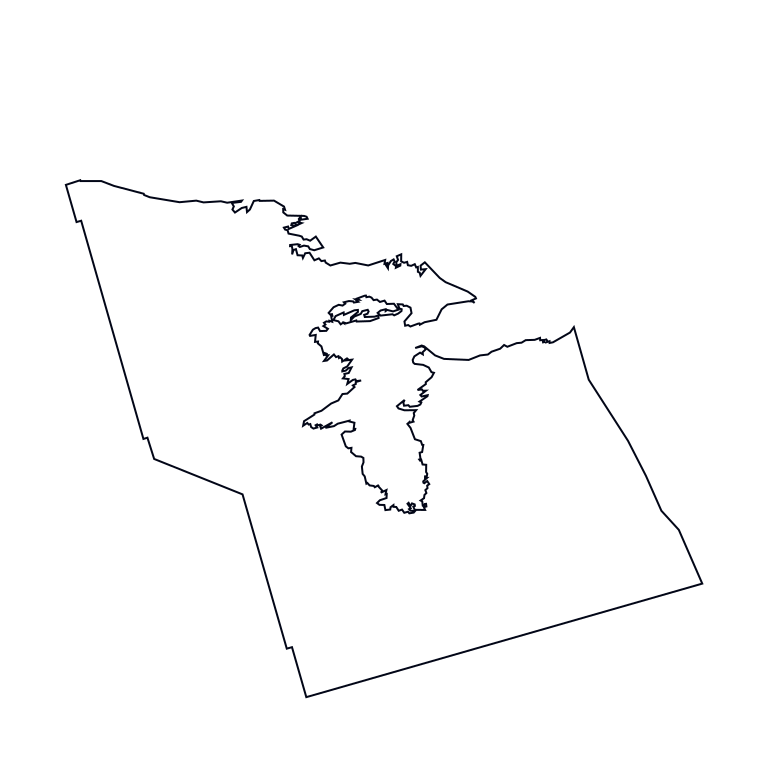 the district of 98, Ar Rayyān, Qatar, rotated 254°
{"feature_id": "91078587B41884610793448", "entity_name": "98", "entity_type": "district", "adm_level": 2, "iso_a3": "QAT", "parent_name": "Qatar", "parent_adm1": "Ar Rayyān", "projection": "mercator", "projection_center": [51.33, 24.623], "detail": "fine", "context": "isolated", "style": "outline", "palette": "ink", "viewbox_px": 768, "rotation_deg": 254, "n_neighbors": 0, "source": "geoboundaries", "source_scale": "gbopen_adm2", "svg_char_len": 6167}
<svg xmlns="http://www.w3.org/2000/svg" viewBox="0 0 768 768"><g transform="rotate(254 384 384)"><path d="M104.4,634.9L162.5,627.2L185.7,615.7L223.4,610.5L262.1,602.9L331.7,582.0L386.3,582.2L382.2,577.0L377.5,557.9L377.8,554.5L379.5,554.9L379.3,550.1L379.5,553.2L382.1,552.3L382.1,549.7L380.1,549.5L380.2,548.4L382.5,548.8L383.0,546.2L385.3,546.7L384.9,541.0L387.1,532.3L385.8,527.6L386.7,522.8L385.8,512.8L388.4,510.2L385.9,505.4L385.4,496.3L383.7,492.0L385.0,484.2L383.8,472.0L391.6,448.6L397.4,441.0L409.1,433.0L410.6,430.8L410.0,423.9L409.8,430.8L407.7,433.3L405.7,433.4L403.9,429.9L401.8,429.5L404.2,427.3L402.2,420.8L399.2,418.2L396.6,418.0L394.9,419.0L391.6,426.9L387.5,431.6L382.3,432.9L381.0,435.1L377.4,431.6L374.2,424.6L372.4,424.2L369.0,414.6L368.3,419.0L366.8,419.4L366.0,422.5L363.4,415.9L361.6,416.8L361.2,422.9L360.3,422.4L357.3,413.3L356.0,414.8L354.3,413.3L353.7,410.3L355.0,402.5L356.9,401.6L357.6,397.3L360.8,397.5L363.0,399.4L359.1,390.3L356.5,391.2L353.1,396.4L350.0,407.7L347.9,404.6L345.3,404.4L341.4,401.6L339.7,402.0L339.7,398.1L340.5,398.1L339.2,395.5L334.5,397.4L322.4,398.5L318.9,403.7L315.0,403.9L314.6,405.0L308.1,401.9L308.1,399.3L301.7,398.4L301.7,397.1L300.4,397.6L300.8,398.9L296.0,398.9L294.7,402.3L287.8,400.2L285.7,400.8L283.5,399.7L283.9,398.0L282.2,397.5L281.8,399.3L279.6,394.9L278.3,394.7L277.5,395.4L278.8,398.8L275.3,399.9L274.4,397.5L271.9,397.1L270.6,394.5L267.5,394.7L266.2,392.3L263.2,391.0L261.9,387.1L260.6,388.4L256.3,387.7L255.5,388.4L257.4,390.1L257.2,391.4L254.6,391.0L254.6,388.4L251.6,388.8L254.6,378.8L258.1,378.4L258.3,380.1L259.8,380.3L261.5,378.0L259.4,375.8L263.0,374.9L262.4,373.6L257.2,375.4L256.8,373.6L255.0,374.5L253.3,378.8L252.2,377.1L252.7,372.7L254.6,371.9L254.6,368.0L258.3,366.7L258.1,363.2L262.4,361.9L263.3,359.3L265.0,359.7L263.7,356.3L261.6,355.4L262.4,350.6L267.6,351.0L269.1,346.3L271.5,344.5L273.4,348.0L273.7,355.0L277.5,356.3L277.5,355.0L281.4,357.1L280.4,351.1L281.9,353.0L287.5,350.2L288.3,351.1L287.3,346.7L288.8,346.1L290.5,342.2L293.5,340.7L293.1,339.6L300.5,340.0L303.5,338.7L310.8,340.0L314.3,342.7L318.6,343.8L320.5,342.0L322.3,337.2L327.7,333.6L331.6,335.1L332.0,332.0L334.6,330.1L347.1,329.3L349.1,333.4L347.3,339.0L347.8,343.4L348.8,344.0L349.3,342.5L354.9,344.9L357.5,340.4L358.3,340.8L358.6,328.6L357.3,324.3L358.0,315.6L361.4,323.9L358.4,311.2L361.0,311.0L361.4,312.6L362.5,311.7L362.5,309.1L363.6,308.6L363.2,306.9L360.6,307.8L360.6,303.9L362.7,302.1L365.8,302.1L365.8,300.4L367.7,299.5L366.2,294.8L370.3,296.9L373.8,308.7L375.0,309.1L375.5,316.5L379.8,327.8L380.8,335.6L385.8,341.3L384.9,346.1L389.2,354.8L391.2,353.7L391.8,356.9L393.7,357.4L393.7,363.0L394.4,358.2L396.3,357.8L396.5,355.2L394.2,348.7L398.5,351.3L400.7,346.1L402.4,348.5L404.6,348.7L404.3,353.1L408.9,357.4L409.1,354.4L407.4,350.9L407.6,347.4L408.4,347.6L410.2,349.2L411.0,353.5L416.2,360.0L417.1,354.4L417.9,356.1L418.8,355.5L417.1,350.0L419.7,350.5L421.8,349.2L421.4,347.9L423.3,347.9L423.1,345.3L426.2,344.0L422.3,335.7L422.7,332.7L427.0,338.3L427.5,336.6L428.8,337.3L429.6,336.2L428.3,336.2L428.4,334.2L437.4,334.2L441.3,331.6L443.0,332.3L443.5,329.3L450.0,331.9L450.6,326.2L451.7,326.0L455.8,330.6L456.6,333.6L456.4,336.2L452.5,337.1L451.0,343.2L452.5,345.3L456.4,341.7L457.3,344.1L459.4,343.2L460.1,345.8L459.0,348.4L459.9,348.8L458.1,351.4L463.7,351.9L463.7,353.2L465.5,353.2L465.5,351.5L467.6,350.4L471.7,356.7L472.6,362.3L470.8,365.8L471.9,368.9L473.6,368.0L473.4,373.2L471.9,377.1L470.6,377.5L470.1,381.9L473.2,379.7L471.9,383.2L473.6,381.9L474.2,389.7L474.0,391.0L472.3,391.0L472.0,394.0L470.5,395.8L467.5,397.1L467.1,400.5L464.0,402.7L464.0,407.5L460.1,408.8L458.4,415.7L451.5,418.3L451.3,412.7L454.3,407.5L453.7,405.7L455.4,406.2L455.6,401.0L454.1,397.5L450.7,399.6L448.7,411.4L447.2,412.7L447.8,417.0L449.3,420.9L451.0,421.6L452.3,419.6L456.9,419.3L455.3,424.0L453.6,424.4L453.0,427.4L450.1,430.5L444.5,430.0L438.5,420.9L434.2,420.4L434.0,423.5L432.0,425.2L432.6,433.5L432.4,434.8L431.1,434.8L432.2,440.0L431.3,452.1L439.9,460.0L442.9,466.9L440.3,487.8L439.0,491.7L437.0,493.4L439.4,492.1L440.1,489.9L440.9,496.0L442.6,495.8L449.8,489.9L464.9,471.3L470.6,466.8L489.7,456.8L487.7,451.8L483.8,451.0L482.9,455.7L477.9,448.9L481.2,449.0L482.5,447.5L487.2,448.8L487.2,447.1L490.7,446.6L490.1,442.7L491.6,439.7L495.0,439.9L495.0,436.7L497.2,434.3L503.9,436.3L503.3,431.5L499.4,431.7L497.6,429.3L494.2,428.8L494.6,432.8L493.3,432.3L492.5,427.5L493.8,428.2L496.8,426.0L498.9,428.0L501.1,427.6L500.3,424.5L496.8,420.6L494.2,419.7L498.5,418.4L498.3,420.2L499.4,420.6L499.4,417.6L502.9,419.3L502.3,401.5L508.3,389.8L509.0,384.2L512.7,375.5L512.7,365.1L516.8,361.4L519.0,361.2L519.4,357.7L522.7,356.0L522.1,351.2L530.7,348.6L531.4,344.3L527.5,340.8L530.1,340.8L531.6,336.4L537.9,336.5L537.7,333.9L533.9,331.4L539.0,333.2L542.0,333.4L542.4,331.7L543.5,332.1L542.2,339.5L541.1,341.2L540.2,339.9L538.9,340.8L539.1,345.2L537.2,349.1L534.2,349.9L531.8,353.8L532.0,363.2L544.5,359.1L542.1,352.5L544.5,349.5L545.0,346.5L548.4,345.6L549.9,343.4L554.9,333.7L558.4,333.7L559.7,331.5L561.9,330.9L561.8,335.2L559.3,335.2L560.3,342.6L562.3,338.7L563.8,339.6L563.6,342.2L560.7,344.3L561.4,349.1L563.5,345.2L564.0,347.8L566.1,347.6L567.8,350.0L564.8,349.6L563.9,356.1L566.1,355.7L567.6,353.5L572.6,337.4L576.7,334.5L579.9,335.3L578.8,336.9L582.1,336.8L590.6,328.8L594.3,314.9L595.2,314.9L595.8,309.3L588.7,303.2L587.0,299.7L592.2,300.6L592.4,295.8L589.9,288.0L593.5,286.4L596.1,288.6L600.0,287.6L598.5,296.7L599.5,298.0L601.5,283.2L604.6,277.6L608.3,260.6L612.0,254.1L615.1,237.6L628.1,210.3L631.8,205.5L633.1,205.5L648.8,179.1L657.0,168.2L662.7,148.2L663.6,148.2L663.1,133.1L624.4,133.1L624.4,137.9L397.5,137.6L397.6,141.8L375.3,142.4L316.9,217.6L156.4,217.6L156.4,223.0L104.4,223.0L104.4,634.9ZM462.6,356.2L459.4,353.0L456.8,357.5L453.3,358.8L454.2,361.4L453.3,362.3L454.2,362.3L452.7,364.5L452.7,374.9L451.6,374.9L448.3,387.9L448.9,397.0L451.5,397.5L451.3,393.6L453.7,384.0L455.9,384.0L456.1,387.5L458.0,389.2L459.8,388.8L460.0,383.2L457.8,381.0L457.0,374.0L454.6,369.7L457.0,370.6L460.4,378.8L462.4,379.3L463.0,375.8L461.5,364.5L463.9,364.9L462.6,356.2Z" fill="none" stroke="#020617" stroke-width="2"/></g></svg>